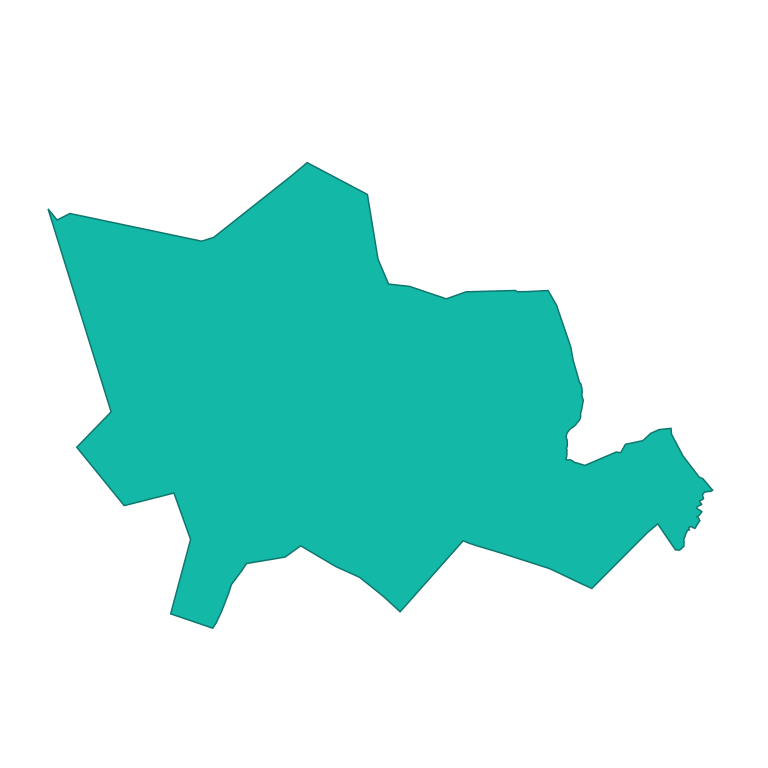 La Reforma, Oaxaca, Mexico (Mercator projection), rotated 84°
{"feature_id": "50627088B69008234776647", "entity_name": "La Reforma", "entity_type": "district", "adm_level": 2, "iso_a3": "MEX", "parent_name": "Mexico", "parent_adm1": "Oaxaca", "projection": "mercator", "projection_center": [-97.837, 16.66], "detail": "fine", "context": "isolated", "style": "filled", "palette": "teal", "viewbox_px": 768, "rotation_deg": 84, "n_neighbors": 0, "source": "geoboundaries", "source_scale": "gbopen_adm2", "svg_char_len": 2345}
<svg xmlns="http://www.w3.org/2000/svg" viewBox="0 0 768 768"><g transform="rotate(84 384 384)"><path d="M414.8,696.2L477.8,655.1L470.5,604.3L518.4,592.6L563.4,609.9L590.3,620.2L609.0,579.8L604.1,575.9L593.6,569.5L588.9,567.1L575.5,560.2L567.7,556.8L565.9,555.3L562.3,551.9L554.4,544.6L554.1,544.4L548.2,539.5L547.4,526.6L546.8,516.9L546.4,509.9L545.7,500.3L536.2,483.8L560.4,451.2L573.8,428.4L578.3,423.9L579.9,422.2L595.6,406.4L612.2,391.8L608.1,387.3L604.4,383.2L600.6,379.1L573.7,349.6L569.0,344.5L548.2,321.7L551.1,316.3L554.8,308.1L564.4,285.1L584.7,239.1L589.0,231.9L602.8,209.4L609.1,198.7L559.6,137.9L551.7,126.4L579.3,111.6L579.8,109.4L580.1,107.6L579.2,105.8L578.4,105.1L577.7,104.0L576.7,102.7L574.1,102.4L573.1,102.1L571.7,102.1L570.0,102.0L568.5,101.6L566.6,100.3L564.5,99.6L563.1,98.5L561.5,97.8L561.2,96.8L561.0,95.5L558.9,96.1L557.9,94.9L558.2,92.9L559.2,91.7L560.1,89.8L558.5,88.6L556.5,87.2L554.9,85.9L553.1,84.2L551.8,84.7L550.4,85.0L548.7,86.6L547.8,84.6L546.6,83.3L545.2,82.1L544.4,81.2L543.1,82.3L542.3,83.4L541.5,84.6L540.6,85.8L539.3,85.7L538.3,84.2L537.6,82.9L537.6,81.7L536.9,80.7L535.9,81.2L533.9,82.3L532.9,82.0L532.5,80.0L531.4,78.2L527.6,78.9L526.2,77.7L525.0,76.4L524.8,72.8L525.0,70.3L523.9,68.2L522.4,69.4L511.7,76.6L509.5,80.3L486.7,94.2L468.5,101.5L464.0,103.3L458.1,103.2L458.1,115.2L460.9,123.8L467.4,132.5L469.2,150.2L477.1,155.8L475.9,160.1L486.0,192.8L485.6,193.5L484.6,196.0L482.8,200.2L481.8,203.0L480.6,203.9L480.0,204.9L479.1,206.2L478.8,207.7L478.6,209.0L478.7,210.1L477.8,210.8L476.2,210.2L474.5,209.8L472.9,209.4L470.1,209.2L468.8,208.9L467.0,209.3L465.4,208.4L462.9,207.9L461.4,207.8L460.4,207.9L458.9,207.6L458.4,207.8L457.1,208.3L455.2,208.4L452.0,207.1L450.5,205.8L448.3,203.6L446.5,200.3L445.6,198.9L444.8,197.7L443.2,196.5L442.1,195.3L441.6,194.5L439.9,193.1L437.8,192.0L434.5,191.6L433.1,191.3L429.0,189.8L422.2,187.8L421.2,187.5L416.2,188.5L414.5,188.1L412.3,187.7L409.0,187.6L405.6,188.1L404.2,188.3L402.9,189.4L393.5,191.0L389.0,191.8L386.3,192.3L382.4,193.0L380.1,193.4L366.6,194.4L323.6,204.2L308.2,211.0L307.1,231.3L306.2,241.7L304.7,243.7L300.9,292.8L305.8,313.2L289.6,348.4L285.1,369.0L259.3,376.9L193.8,380.7L155.8,437.3L166.9,453.7L220.4,538.1L222.9,550.5L181.6,678.6L186.7,692.0L174.7,699.8L383.2,658.3L414.8,696.2Z" fill="#14b8a6" stroke="#0f766e" stroke-width="1.5"/></g></svg>